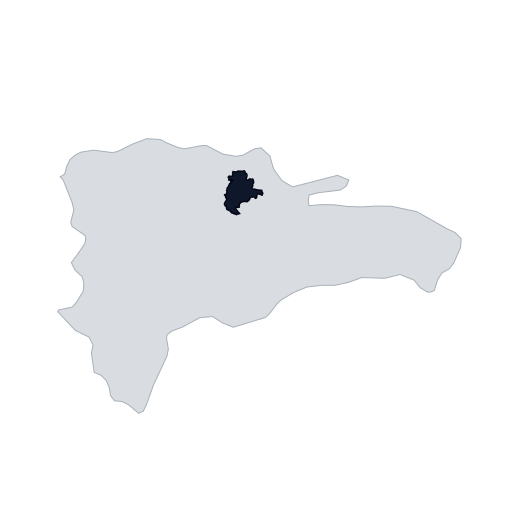 San Francisco de Macorís, Duarte, Dominican Republic shown in context, rotated 350°
{"feature_id": "3306468B54253052941239", "entity_name": "San Francisco de Macorís", "entity_type": "district", "adm_level": 2, "iso_a3": "DOM", "parent_name": "Dominican Republic", "parent_adm1": "Duarte", "projection": "orthographic", "projection_center": [-70.214, 19.332], "detail": "fine", "context": "in_parent", "style": "filled", "palette": "ink", "viewbox_px": 512, "rotation_deg": 350, "n_neighbors": 0, "source": "geoboundaries", "source_scale": "gbopen_adm2", "svg_char_len": 6401}
<svg xmlns="http://www.w3.org/2000/svg" viewBox="0 0 512 512"><g transform="rotate(350 256 256)"><path d="M76.4,342.5L77.1,323.0L80.1,315.2L77.4,306.8L65.1,297.8L57.6,286.4L51.0,276.2L52.5,274.8L66.0,274.4L70.7,270.8L79.9,260.5L81.8,252.2L81.1,246.0L75.3,238.4L73.0,230.4L80.3,223.6L89.9,213.6L91.3,209.7L91.1,205.9L80.1,195.2L79.4,190.6L84.6,179.1L84.2,171.5L79.3,147.6L76.9,144.0L81.8,142.1L85.1,135.0L89.5,128.7L95.2,125.4L101.7,123.3L114.6,123.6L132.4,129.2L137.4,129.1L154.6,124.2L168.8,121.5L182.2,124.7L187.5,129.0L198.6,135.9L204.1,138.0L221.5,137.9L226.3,138.5L241.0,149.8L253.3,154.3L260.5,154.5L273.3,150.2L279.7,150.3L287.0,160.0L288.5,173.7L294.6,186.3L304.0,194.3L350.2,190.7L360.6,197.3L357.1,202.8L350.5,205.7L328.5,204.5L318.9,205.2L317.0,210.6L317.0,215.7L329.9,216.8L342.5,219.3L355.4,223.3L368.5,226.0L383.2,227.7L397.8,230.5L422.0,240.2L449.0,262.5L456.2,267.5L461.0,274.5L458.9,283.2L449.4,297.5L444.1,302.2L436.2,305.0L430.8,310.9L425.6,320.9L422.4,321.8L418.7,321.4L412.2,315.8L407.5,307.2L394.5,299.2L379.1,300.3L356.4,295.6L342.7,298.0L329.0,298.6L314.9,296.2L300.8,295.4L286.7,298.5L273.0,303.7L268.0,307.1L259.2,315.2L254.5,318.2L221.2,322.2L211.6,316.3L202.7,308.1L189.9,307.0L171.3,313.2L159.7,315.4L155.0,318.1L153.6,321.2L153.5,332.5L150.8,339.4L132.6,365.3L122.2,383.6L118.0,389.3L113.1,390.5L104.2,379.9L98.5,376.0L91.5,374.0L88.5,368.4L88.7,360.4L86.9,352.6L82.6,346.5L76.4,342.5Z" fill="#d9dde1" stroke="#a8b0b8" stroke-width="1"/><path d="M272.7,197.1L272.8,196.7L273.0,196.3L273.4,195.8L273.6,195.3L273.6,195.2L273.2,194.5L273.1,194.3L273.1,194.2L273.1,193.8L273.1,193.4L273.1,192.4L272.8,192.2L272.6,192.1L271.8,192.1L271.5,192.1L271.1,191.8L270.5,191.7L270.1,191.5L269.5,191.4L269.1,191.2L268.5,191.0L267.8,190.7L267.4,190.5L267.1,190.4L266.7,190.1L266.1,189.8L265.8,189.8L265.1,189.7L264.8,189.7L264.1,189.4L263.9,189.2L263.8,188.9L263.8,188.7L264.0,188.0L264.2,187.4L264.4,187.2L264.9,186.6L265.0,186.4L265.1,186.0L265.1,185.1L265.1,184.9L265.3,184.5L265.5,184.3L265.9,183.9L266.3,183.6L266.5,182.6L266.6,182.1L266.5,181.6L266.4,180.4L266.4,180.2L266.2,179.7L265.8,179.5L265.4,179.7L265.2,179.7L264.9,179.7L264.6,179.7L264.3,179.6L264.0,179.3L263.7,179.1L263.3,179.0L262.9,179.0L262.6,179.1L262.5,179.3L262.4,179.6L262.1,179.9L261.9,180.0L261.4,179.8L260.5,179.7L260.4,179.7L260.2,179.6L259.9,179.2L259.8,178.9L259.8,178.5L259.8,178.0L259.8,177.8L259.9,177.7L260.4,177.1L260.8,176.1L261.0,175.7L261.1,175.2L261.1,173.8L261.1,173.5L261.0,173.3L260.9,173.2L260.4,172.9L260.0,172.7L259.9,172.5L259.8,172.4L259.8,172.2L259.8,171.5L259.8,171.1L259.7,171.0L259.4,170.3L259.3,170.2L259.2,170.1L258.9,170.0L258.7,170.0L258.0,170.3L257.9,170.3L257.7,170.3L257.1,170.1L256.2,170.0L255.9,170.0L255.5,169.8L255.3,169.7L255.0,169.7L254.1,169.6L253.8,169.6L253.2,169.1L252.5,169.6L251.9,169.9L251.6,169.9L251.2,169.7L250.3,169.6L249.8,169.4L249.5,169.3L248.9,169.3L248.6,169.2L248.4,169.2L248.1,168.9L247.6,169.6L247.4,170.1L247.4,170.4L247.6,170.8L247.7,171.0L247.6,171.3L247.3,171.6L247.1,171.9L247.0,172.0L246.9,172.2L246.8,172.8L246.8,173.0L246.6,173.1L246.4,173.3L246.2,173.3L245.3,173.3L244.8,173.3L244.7,173.2L244.0,172.7L243.8,172.7L243.7,172.7L243.4,172.7L242.9,173.1L242.5,173.3L242.4,173.5L242.3,173.8L242.4,174.0L242.7,174.5L242.8,174.6L242.9,174.9L242.9,175.1L242.9,175.3L242.8,175.6L242.7,175.8L242.4,176.1L242.3,176.4L242.4,176.5L242.5,176.6L242.8,176.6L243.1,176.5L243.6,176.4L243.8,176.4L243.9,176.5L243.9,177.0L244.0,177.1L244.2,177.3L244.4,177.2L244.5,177.2L245.2,176.7L245.4,176.7L245.6,176.7L246.0,176.9L246.2,177.1L246.3,177.4L246.2,177.7L246.2,177.8L245.8,177.9L245.5,177.7L245.4,177.7L245.2,177.7L244.6,178.0L244.3,178.2L244.1,178.4L244.0,178.6L243.9,178.9L243.9,179.6L243.8,179.8L243.6,179.9L243.1,180.0L242.9,180.0L242.6,180.2L242.4,180.4L242.3,180.6L242.2,181.0L241.7,181.5L241.4,181.8L241.1,182.3L240.7,182.9L240.5,183.2L240.4,183.4L240.2,183.6L240.0,183.8L239.8,183.9L239.5,183.9L239.4,184.0L239.2,184.4L239.2,185.2L239.2,185.5L238.9,186.1L238.4,186.3L238.4,186.6L238.5,186.9L238.8,187.4L238.8,187.6L238.7,187.8L238.4,188.2L238.3,188.3L238.2,188.8L238.0,189.3L237.9,189.8L237.7,190.3L237.6,190.6L237.5,190.8L237.4,190.8L237.2,190.8L237.1,190.7L236.8,190.5L236.6,190.1L236.4,190.0L236.1,190.1L235.6,190.5L235.7,190.8L235.8,191.0L236.4,191.4L236.5,191.5L236.6,191.8L236.6,192.0L236.4,192.6L236.3,192.8L236.5,193.3L236.7,194.1L236.9,194.7L236.9,194.9L236.9,195.1L236.9,195.4L236.9,195.5L236.7,195.8L235.9,196.6L235.5,197.1L235.0,197.5L234.9,197.6L234.7,197.8L234.3,198.6L234.0,199.2L233.9,199.5L233.9,199.8L234.0,200.1L234.2,200.6L234.3,201.0L234.4,201.3L234.6,201.4L234.7,201.5L235.1,201.6L235.2,201.8L235.3,201.9L235.3,202.2L235.3,204.5L235.4,204.9L235.6,205.2L236.0,205.6L237.3,206.3L237.8,206.7L238.2,207.0L238.4,207.1L238.5,207.2L238.5,207.3L238.6,207.8L239.1,208.5L239.3,209.0L239.6,209.3L239.8,209.4L239.9,209.5L240.6,209.8L241.1,210.0L241.3,210.3L241.5,210.5L242.3,210.9L242.7,211.0L242.9,211.0L243.1,211.2L243.6,211.6L243.8,211.8L244.0,211.9L244.3,211.7L244.7,211.6L244.8,211.5L245.0,211.2L245.3,211.0L245.5,211.1L245.7,211.4L245.8,211.5L246.0,211.6L246.6,211.4L246.9,211.3L247.2,211.3L247.1,211.1L247.0,210.9L246.9,210.7L246.6,210.5L246.3,210.0L246.1,209.7L245.9,209.3L245.8,209.0L245.6,208.6L245.5,208.3L245.0,207.7L244.9,207.5L244.8,207.1L244.8,206.9L244.3,206.3L244.0,205.7L243.9,205.4L243.9,205.2L244.0,204.8L244.1,204.7L244.4,204.6L244.6,204.6L244.9,204.7L245.3,204.9L245.7,204.9L247.7,205.0L247.9,205.0L248.0,204.9L248.2,204.6L248.2,203.0L248.3,202.7L248.7,202.1L249.8,201.1L250.0,200.8L250.2,200.7L250.9,200.4L251.1,200.3L253.2,200.3L253.5,200.3L253.9,200.1L254.1,200.1L254.3,200.1L255.3,200.6L256.4,200.9L256.5,200.8L257.0,200.9L257.4,200.8L257.6,200.6L257.7,200.4L257.9,200.0L258.0,199.9L258.4,199.7L259.0,199.7L259.3,199.5L259.4,199.3L259.5,199.2L259.5,198.8L259.6,198.7L259.9,198.1L260.0,197.9L260.8,197.5L261.4,197.1L261.6,197.1L261.8,197.1L262.0,197.1L262.5,197.3L262.8,197.4L263.3,197.4L264.2,197.4L264.5,197.4L264.6,197.5L264.8,197.6L264.9,198.1L265.1,198.4L265.2,198.8L265.4,199.1L265.9,199.1L266.1,199.0L266.6,198.7L266.9,198.1L267.0,197.7L267.2,197.1L267.4,196.6L267.5,196.1L267.7,195.7L267.8,195.1L268.0,194.9L268.3,194.8L268.6,194.8L269.0,195.2L269.1,195.3L269.7,195.5L270.1,195.7L270.6,195.8L270.8,195.9L271.0,196.0L271.5,196.5L272.4,197.1L272.7,197.1Z" fill="#0f172a" stroke="#020617" stroke-width="1.5"/></g></svg>